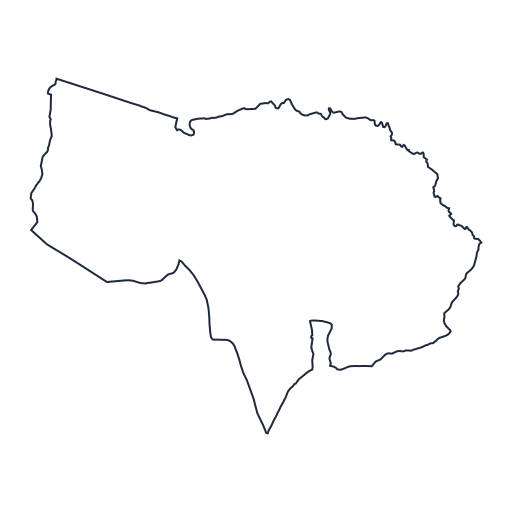 the district of Ingende, Équateur, Democratic Republic of the Congo
{"feature_id": "63176286B3271137171664", "entity_name": "Ingende", "entity_type": "district", "adm_level": 2, "iso_a3": "COD", "parent_name": "Democratic Republic of the Congo", "parent_adm1": "Équateur", "projection": "orthographic", "projection_center": [19.593, -0.719], "detail": "fine", "context": "isolated", "style": "outline", "palette": "slate", "viewbox_px": 512, "rotation_deg": 0, "n_neighbors": 0, "source": "geoboundaries", "source_scale": "gbopen_adm2", "svg_char_len": 5943}
<svg xmlns="http://www.w3.org/2000/svg" viewBox="0 0 512 512"><path d="M106.9,282.0L126.2,280.3L129.4,280.3L133.2,280.8L137.3,282.1L140.8,283.1L145.9,283.5L147.0,283.0L150.0,282.7L158.9,281.3L161.3,280.5L168.0,274.5L173.0,273.1L174.1,272.3L176.3,269.5L178.6,264.1L179.4,260.4L181.6,261.5L184.8,265.4L189.5,270.0L194.0,275.7L197.8,282.0L201.6,289.2L204.8,295.1L206.7,299.7L207.9,305.3L208.5,308.7L208.9,312.3L209.3,318.1L209.5,324.2L210.2,332.0L210.9,336.9L212.1,338.8L213.4,339.7L219.2,339.7L227.2,339.9L229.5,340.8L231.3,342.0L232.9,343.6L234.5,346.0L235.3,348.4L237.1,352.8L239.3,359.7L241.1,366.4L243.5,373.4L246.9,380.3L249.5,387.5L253.7,399.1L254.8,403.5L257.3,413.1L263.3,425.6L266.2,432.8L267.7,433.3L268.3,431.4L269.1,429.5L269.9,428.2L271.0,426.5L271.6,425.2L272.9,422.3L274.1,419.8L275.6,417.1L276.4,415.6L277.5,413.1L278.9,410.6L280.4,407.2L281.8,404.6L283.1,402.4L284.1,400.3L285.5,397.7L286.4,395.5L286.9,394.1L287.3,393.1L288.1,391.2L290.6,388.2L293.0,386.1L294.2,384.2L295.8,383.5L298.8,379.3L306.9,372.7L309.2,371.0L311.1,370.1L312.2,369.6L312.7,366.7L312.2,360.6L313.4,354.0L311.8,349.6L311.3,347.1L312.6,338.4L311.4,338.1L311.1,337.2L311.5,335.9L312.3,335.2L312.0,330.1L310.0,321.1L310.9,320.7L312.3,320.5L313.7,320.5L315.0,320.5L317.7,320.7L319.9,320.9L322.7,321.1L324.5,321.7L326.0,322.0L327.6,322.4L329.3,323.0L330.4,323.4L330.8,323.8L331.8,324.7L331.6,328.7L328.0,335.7L327.4,339.2L327.5,341.7L329.3,349.3L330.7,352.7L330.8,354.1L329.5,357.9L329.6,359.4L330.8,363.0L330.1,365.8L333.6,366.6L335.6,367.6L337.5,369.5L340.9,369.7L343.1,368.9L345.1,368.2L347.1,367.2L350.0,366.3L352.8,366.1L355.8,366.0L358.8,366.1L362.2,366.0L365.3,366.0L371.8,366.2L375.6,361.6L380.4,359.5L385.3,354.6L387.2,353.6L388.8,353.3L392.0,353.7L393.7,352.8L397.0,351.3L399.2,351.0L403.0,351.4L406.3,350.4L410.0,350.6L411.3,350.7L413.2,349.8L422.5,347.0L423.9,346.2L425.4,345.4L427.6,344.9L430.3,343.4L433.2,343.1L434.8,341.6L435.6,341.3L438.0,338.8L439.8,337.7L443.8,336.5L447.4,334.9L449.3,333.3L450.7,331.3L450.0,330.0L446.3,326.3L444.6,323.5L443.9,321.3L443.9,319.6L444.5,317.0L444.2,314.1L444.5,312.9L448.7,309.4L450.2,307.4L451.1,304.7L451.9,302.4L457.0,296.7L458.2,294.5L458.3,293.2L457.8,291.2L458.9,288.7L458.2,286.4L460.5,283.0L464.6,279.2L465.4,277.9L465.5,277.5L466.1,274.2L466.6,273.4L471.3,269.4L473.9,265.9L476.5,256.3L476.9,252.7L478.4,249.8L478.5,248.6L478.5,247.3L478.8,245.8L479.1,244.5L479.6,243.7L480.2,243.3L481.3,242.7L480.5,241.4L478.1,238.9L475.3,238.8L474.2,238.3L474.0,236.3L472.7,235.1L472.0,232.4L470.2,230.5L468.8,229.7L466.9,226.9L466.4,227.0L465.5,228.9L464.8,229.1L461.7,226.1L461.2,225.7L459.1,225.2L458.1,224.5L457.3,224.6L456.1,226.1L455.3,226.2L454.2,225.6L453.6,224.5L453.8,222.0L453.9,220.4L452.8,219.7L449.5,216.4L449.3,215.6L450.5,214.5L451.2,213.9L450.9,213.4L449.1,211.9L448.9,211.8L448.5,210.4L449.1,208.3L447.8,208.0L446.8,207.7L445.5,206.4L442.6,204.9L441.0,203.6L440.3,202.6L440.4,201.3L440.0,200.0L440.2,199.7L440.5,199.0L440.4,198.2L438.7,197.3L437.5,196.0L435.4,197.0L434.5,196.4L434.0,194.2L433.6,192.7L434.2,190.5L433.3,187.3L434.1,186.6L435.1,185.7L436.5,180.7L438.0,178.4L437.3,174.1L431.7,169.4L428.0,166.9L427.6,163.5L427.5,163.2L426.2,161.6L426.3,161.2L426.7,160.2L426.9,159.6L423.8,157.2L423.6,153.9L423.2,152.7L422.5,152.5L421.1,153.7L420.3,153.8L419.6,153.8L417.7,152.6L416.5,152.6L414.2,154.0L412.7,153.7L410.0,151.9L408.8,151.1L408.8,150.6L408.8,150.0L407.8,150.2L406.8,149.2L406.1,148.0L404.6,145.4L403.7,144.9L402.1,146.9L401.6,146.7L401.4,146.6L400.0,144.7L395.8,144.3L394.8,141.2L393.3,140.4L392.0,140.3L391.3,140.3L391.0,139.7L391.3,137.9L390.9,137.0L390.6,136.4L391.8,134.8L392.1,133.0L390.5,130.6L390.1,130.2L389.5,127.3L388.8,126.2L387.9,123.3L386.8,123.2L385.3,126.5L384.4,127.2L383.2,127.0L382.0,122.9L381.4,122.1L381.0,122.2L380.8,122.2L378.6,125.5L377.8,125.9L375.8,125.6L374.9,124.6L374.6,122.0L374.5,120.8L373.3,120.1L370.6,120.2L367.8,118.2L365.6,117.4L365.2,117.4L363.6,117.6L357.7,118.2L354.4,118.9L349.7,118.7L346.1,117.7L342.9,114.6L341.6,112.2L340.7,111.6L340.0,111.5L338.9,111.5L334.1,112.7L333.9,112.7L332.9,112.3L331.6,111.1L330.9,109.6L330.4,108.7L329.9,108.3L329.3,108.4L328.9,108.4L328.8,109.4L330.3,113.1L330.0,114.4L327.9,118.4L326.2,119.2L325.2,119.1L324.1,117.6L322.4,116.6L320.8,113.9L318.4,113.5L317.6,112.7L316.2,112.4L313.1,113.3L309.3,114.4L307.9,115.4L306.4,115.4L304.5,115.4L302.4,114.7L300.9,113.7L300.6,113.5L299.4,111.7L296.4,110.6L294.9,109.2L292.0,104.4L289.9,99.8L288.4,99.1L286.8,99.4L285.7,100.3L283.8,103.1L282.3,103.0L280.7,104.3L278.5,108.2L277.8,108.4L277.3,108.3L276.4,108.2L275.7,107.8L274.9,105.5L271.1,101.4L270.3,101.4L268.1,103.2L268.0,103.3L267.3,103.2L265.0,103.1L260.2,103.9L255.4,108.8L248.0,109.2L245.6,109.1L244.4,108.2L242.8,108.5L238.6,110.3L237.2,111.0L233.2,113.6L231.7,114.1L226.9,114.2L224.9,115.0L222.4,116.1L218.8,116.6L216.3,117.6L214.0,118.0L212.5,117.7L209.2,118.6L207.3,118.8L205.6,118.9L204.7,118.3L198.1,118.7L192.3,119.9L191.0,120.6L190.0,122.1L189.6,123.9L189.8,126.0L190.7,128.1L191.8,129.2L193.4,130.1L194.0,131.6L194.0,133.2L193.4,134.7L191.1,135.5L189.6,135.2L184.1,132.9L180.9,130.1L179.6,129.5L178.0,129.5L177.1,130.2L176.0,128.5L175.3,127.0L177.2,118.3L175.1,117.9L172.2,117.0L169.0,115.8L165.3,114.8L162.0,113.6L158.5,112.3L149.5,110.1L147.2,108.6L144.3,107.3L141.5,106.5L139.6,105.6L131.9,103.3L105.7,94.6L56.5,78.7L56.4,80.2L55.7,81.5L55.5,83.9L55.1,84.4L52.4,85.9L51.3,86.5L49.3,88.5L48.1,91.3L47.9,93.5L51.0,94.7L50.7,109.7L49.4,116.9L50.8,119.4L50.1,120.8L50.2,125.4L51.0,129.2L51.8,135.9L50.1,139.9L49.6,142.5L49.0,145.5L48.0,147.8L48.1,149.6L47.0,152.1L45.4,153.5L42.7,156.8L40.8,165.9L41.8,169.7L42.4,174.3L41.2,178.2L39.5,181.1L36.2,185.3L34.5,188.5L31.7,192.5L31.4,192.9L30.8,197.1L30.7,198.4L31.4,199.6L32.3,200.2L33.0,203.8L32.7,209.8L33.1,211.1L36.0,214.7L36.8,216.9L37.4,222.1L31.1,230.0L46.9,244.3L70.5,258.6L88.1,269.9L106.9,282.0Z" fill="none" stroke="#1e293b" stroke-width="2"/></svg>